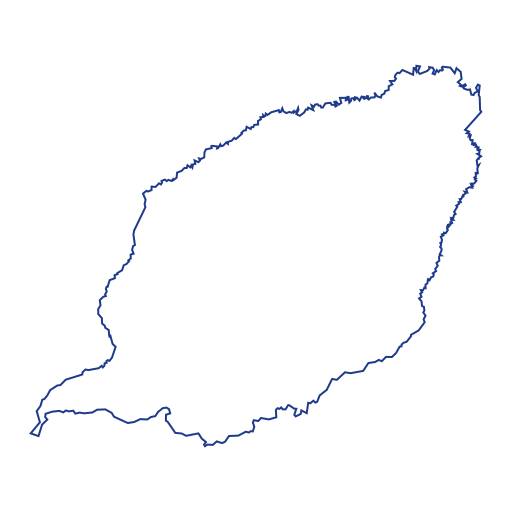 Atalaia do Norte, Amazonas, Brazil
{"feature_id": "56859067B65485881106504", "entity_name": "Atalaia do Norte", "entity_type": "district", "adm_level": 2, "iso_a3": "BRA", "parent_name": "Brazil", "parent_adm1": "Amazonas", "projection": "mercator", "projection_center": [-71.422, -5.671], "detail": "fine", "context": "isolated", "style": "outline", "palette": "blue", "viewbox_px": 512, "rotation_deg": 0, "n_neighbors": 0, "source": "geoboundaries", "source_scale": "gbopen_adm2", "svg_char_len": 6007}
<svg xmlns="http://www.w3.org/2000/svg" viewBox="0 0 512 512"><path d="M38.5,436.1L42.1,424.6L47.3,419.6L45.2,417.1L45.6,413.8L52.0,411.7L59.3,410.9L63.3,412.4L65.8,410.5L69.0,411.4L73.3,410.7L75.3,413.6L79.8,412.6L83.9,413.3L92.4,412.5L97.1,409.7L105.3,409.4L111.7,412.9L114.0,416.7L127.7,423.0L134.2,422.0L140.4,419.1L147.2,419.5L151.0,417.0L155.3,416.1L158.1,411.9L162.7,408.2L166.4,407.6L169.0,409.1L170.2,413.4L166.0,414.7L165.9,420.7L167.7,421.8L175.3,432.9L181.7,433.5L186.1,435.8L198.4,433.4L201.8,438.6L206.0,442.1L204.0,444.7L205.0,446.2L207.5,444.6L212.7,444.9L216.8,441.4L222.0,443.1L225.0,441.8L229.0,436.0L238.4,435.6L245.8,431.7L248.9,432.5L250.6,431.2L252.8,431.4L254.3,426.8L252.9,422.6L253.8,420.2L258.3,421.0L261.0,418.0L268.9,419.4L276.3,417.3L275.9,409.9L277.6,408.2L279.5,408.9L281.2,407.4L282.8,409.4L285.6,409.3L288.1,405.2L289.2,405.2L293.9,408.5L296.3,408.8L294.3,414.8L295.7,416.4L300.7,414.0L301.4,410.4L306.7,413.2L308.2,402.8L310.3,403.3L313.4,400.7L315.4,402.6L317.2,401.7L319.7,395.4L326.7,389.9L332.1,379.0L336.9,379.8L345.0,372.3L350.5,373.2L363.2,370.9L368.4,363.0L375.2,362.0L378.8,359.9L381.8,361.2L386.0,356.9L391.9,357.0L396.1,353.0L399.6,346.7L401.5,346.3L401.6,344.5L403.7,342.7L406.6,341.8L410.9,336.4L411.0,334.8L418.7,330.4L424.7,322.2L423.6,319.4L425.5,315.6L423.3,312.5L424.4,310.4L423.9,306.9L422.0,305.9L421.6,301.6L419.1,298.4L421.5,296.8L420.2,293.6L422.1,292.4L420.9,290.1L423.0,290.3L424.4,287.6L425.6,288.1L425.5,284.7L427.4,283.3L427.8,280.1L429.0,280.3L428.6,279.2L429.9,279.6L431.1,277.3L433.3,276.5L433.8,274.3L432.8,273.3L436.1,271.1L435.2,269.0L437.7,265.7L436.5,262.9L439.3,260.7L439.0,257.2L439.7,255.3L441.0,255.3L439.7,254.4L441.5,250.6L441.5,248.4L440.1,246.9L441.1,245.3L440.4,242.9L441.4,242.8L442.0,239.8L440.8,236.7L443.2,235.5L442.1,234.3L444.0,233.7L444.0,232.7L445.7,233.2L447.8,230.1L447.0,228.6L449.1,226.2L447.3,226.3L447.9,224.8L450.9,223.8L450.5,222.5L452.0,222.8L451.1,219.5L453.2,219.8L451.6,217.9L453.3,218.0L454.0,215.0L455.6,214.0L454.1,211.9L457.3,206.7L456.3,205.6L459.1,203.8L458.6,202.1L460.8,202.1L459.7,199.1L461.3,198.9L462.7,195.8L463.4,197.4L463.4,195.1L465.9,193.2L464.8,191.8L467.3,192.4L466.1,189.2L469.3,187.2L472.2,187.7L471.1,184.6L472.6,185.4L471.9,183.6L474.0,183.6L476.4,180.9L475.1,179.5L474.8,180.4L474.8,178.9L475.9,178.5L474.5,177.4L475.9,176.5L475.7,172.9L476.9,172.9L476.6,173.8L477.8,173.3L477.3,168.3L478.9,164.9L477.5,165.9L476.7,160.4L478.4,158.2L478.9,159.6L478.9,157.8L481.1,156.3L477.4,153.9L479.2,153.4L479.6,150.9L478.3,150.4L479.6,149.6L477.4,148.9L478.5,147.4L475.7,146.8L476.5,145.9L475.8,144.4L474.6,144.8L474.7,143.2L472.1,143.9L472.6,140.1L470.6,140.1L469.7,138.3L470.6,135.5L468.7,136.2L469.6,133.7L466.8,133.2L468.8,131.5L465.1,129.9L481.3,111.8L480.1,110.1L479.7,97.1L478.7,95.0L479.7,85.5L477.9,84.6L476.0,87.8L477.8,91.4L474.6,92.9L473.6,95.0L471.3,94.6L470.0,89.4L467.8,89.9L463.8,88.5L463.1,87.2L465.8,85.5L465.2,84.3L461.4,86.5L459.9,85.9L461.0,84.9L457.8,82.1L461.6,78.9L460.7,71.9L456.5,68.2L454.7,73.2L450.4,67.6L442.6,66.7L441.8,67.6L442.9,69.7L442.1,70.5L440.0,70.2L438.5,72.0L436.7,70.1L434.8,74.4L432.6,73.6L434.1,70.3L432.7,67.7L429.2,67.1L429.6,68.6L427.2,71.0L419.9,73.9L418.2,72.3L418.2,70.6L420.0,66.4L416.4,65.8L416.1,70.7L414.9,68.2L413.7,68.0L413.1,74.7L402.4,70.0L399.5,73.1L397.5,72.7L395.3,75.1L394.8,77.1L396.0,78.7L394.4,80.9L390.1,81.0L392.4,84.4L388.7,86.2L388.7,89.9L385.1,91.1L384.3,93.7L381.7,94.9L380.9,97.6L377.3,96.4L374.4,92.6L375.4,95.6L374.5,97.4L371.0,97.5L368.7,99.5L367.8,98.8L368.1,96.3L367.0,96.1L366.8,97.7L364.2,98.9L363.4,98.1L364.2,96.9L361.6,96.6L359.5,100.6L357.1,97.7L355.1,97.3L355.5,99.3L354.3,100.1L353.5,98.2L351.3,98.5L350.8,101.1L349.3,102.6L348.6,96.9L347.4,96.9L346.9,100.0L345.7,100.3L345.9,97.8L339.9,97.9L341.3,102.9L338.9,104.6L335.9,101.5L334.3,102.0L336.8,105.7L335.4,106.5L334.8,104.8L331.6,104.8L330.6,102.8L325.4,103.4L322.8,107.5L321.2,107.5L320.4,105.7L318.8,105.7L317.6,104.2L315.0,104.6L314.0,106.7L311.6,105.3L313.3,110.1L308.1,107.6L307.6,109.7L306.0,109.3L304.2,112.5L299.8,115.8L296.3,114.0L298.5,110.0L298.1,108.0L297.1,110.6L293.9,112.6L293.7,111.1L291.7,112.8L289.4,111.9L286.4,113.1L283.4,111.3L282.3,108.3L280.7,112.1L279.3,112.3L278.8,110.1L271.2,112.3L267.6,114.9L265.8,113.6L265.5,115.8L264.5,116.3L263.2,115.1L263.4,117.0L260.4,117.2L260.9,119.3L258.0,121.0L258.1,124.5L254.3,124.9L253.3,127.1L251.4,127.1L250.7,129.0L246.6,126.8L245.9,130.3L243.8,130.5L241.4,132.9L242.0,133.7L235.9,139.1L234.2,137.9L231.7,140.7L227.8,141.9L227.9,143.8L226.2,142.5L223.1,145.7L221.2,146.2L220.3,144.3L218.2,148.0L217.1,148.4L217.4,146.5L212.2,145.8L211.3,146.2L211.7,148.1L205.9,149.4L204.5,152.4L204.2,157.4L200.9,159.0L199.1,158.5L200.0,160.5L198.4,162.2L194.6,160.4L195.3,163.9L193.0,164.4L192.4,167.4L191.3,165.3L190.4,167.4L187.5,165.3L186.7,168.0L184.4,168.0L181.7,170.8L177.1,172.6L176.6,177.7L174.3,179.5L173.1,180.3L172.9,179.3L171.5,180.9L168.3,179.9L166.7,181.1L164.8,179.6L161.5,181.0L162.0,182.7L160.9,184.4L159.1,183.3L155.5,186.9L151.6,186.6L151.5,190.1L148.1,191.5L146.5,190.8L143.0,193.6L145.6,199.8L144.6,204.2L145.4,207.2L134.2,230.4L133.4,234.4L134.9,245.0L133.1,246.1L132.1,249.9L133.6,253.7L130.6,254.6L130.8,258.5L128.4,260.3L129.1,261.1L126.4,264.1L123.7,265.3L122.1,270.2L117.2,273.2L117.5,274.2L114.6,275.1L114.9,278.2L109.7,280.1L107.6,286.8L106.7,286.7L105.9,288.7L106.7,291.6L105.1,294.3L105.8,296.1L103.2,296.8L99.8,300.2L100.5,305.3L98.2,309.1L98.3,314.1L101.9,318.2L102.1,323.5L104.7,325.7L105.3,327.8L108.7,330.0L109.2,335.4L109.5,336.5L110.4,335.8L112.6,343.9L115.6,346.8L112.0,357.6L109.4,360.9L107.8,360.1L106.4,361.2L106.6,362.8L104.6,363.3L104.4,365.8L102.8,367.4L101.7,365.8L98.7,368.2L88.3,370.1L85.5,369.5L82.5,372.3L82.3,374.5L65.7,379.7L60.4,385.1L57.3,385.5L50.2,390.1L47.2,395.6L44.3,399.1L42.3,399.7L40.5,405.9L36.7,411.2L39.9,422.3L30.7,433.4L38.5,436.1ZM472.5,144.3L473.5,143.6L474.0,143.8L473.4,144.9L472.5,144.3Z" fill="none" stroke="#1e3a8a" stroke-width="2"/></svg>